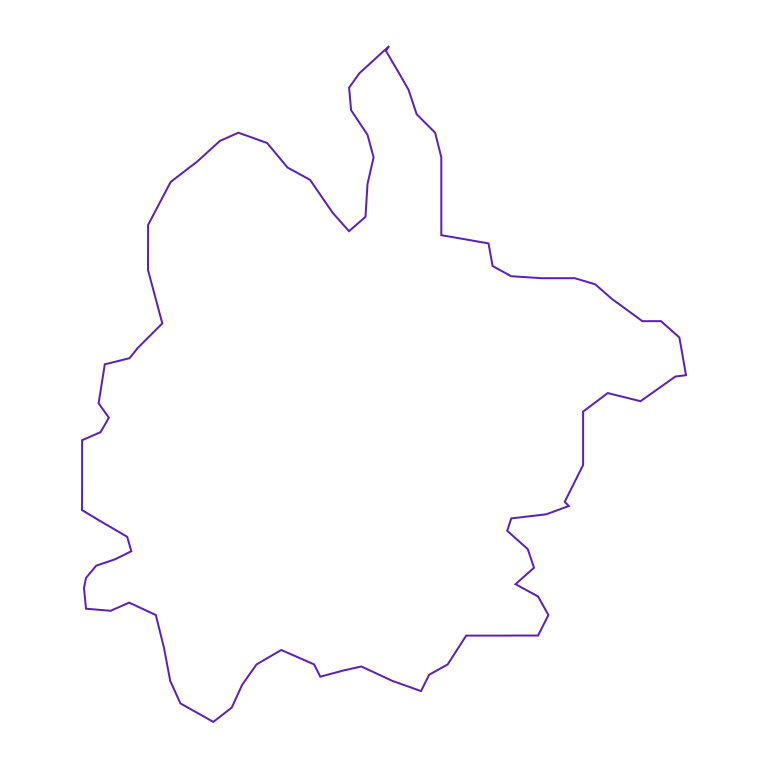 Imsil-gun, North Jeolla, South Korea
{"feature_id": "91817680B86480113122364", "entity_name": "Imsil-gun", "entity_type": "district", "adm_level": 2, "iso_a3": "KOR", "parent_name": "South Korea", "parent_adm1": "North Jeolla", "projection": "albers", "projection_center": [127.248, 35.609], "detail": "fine", "context": "isolated", "style": "outline", "palette": "violet", "viewbox_px": 768, "rotation_deg": 0, "n_neighbors": 0, "source": "geoboundaries", "source_scale": "gbopen_adm2", "svg_char_len": 1276}
<svg xmlns="http://www.w3.org/2000/svg" viewBox="0 0 768 768"><path d="M686.0,375.2L679.4,337.5L660.9,321.1L642.4,321.2L611.6,298.7L595.2,284.3L574.7,278.2L541.9,278.2L511.1,276.2L492.6,266.0L488.5,243.4L441.3,235.2L441.3,186.0L441.3,157.3L435.1,132.7L416.7,114.3L408.5,89.7L400.3,75.4L385.9,50.8L389.1,46.1L359.3,73.3L349.1,87.7L351.1,110.2L367.5,134.8L373.6,157.4L367.5,184.0L365.5,216.8L349.0,231.2L332.6,212.7L310.1,179.9L287.6,167.6L267.1,143.0L238.4,132.7L219.9,140.9L197.4,161.4L170.7,181.9L148.1,224.9L148.0,270.0L162.3,323.4L137.7,348.0L129.5,358.2L104.8,364.3L98.6,403.3L108.9,417.7L100.6,432.1L82.1,440.2L82.1,458.7L82.1,485.4L82.0,510.1L102.5,522.4L127.2,536.8L131.3,551.2L114.8,559.4L96.3,565.6L86.0,577.9L84.0,588.1L86.0,608.7L110.6,610.8L129.1,602.6L155.8,615.0L164.0,647.9L170.2,680.8L180.4,703.4L213.3,721.9L231.8,707.5L242.1,684.9L256.5,664.4L281.2,650.0L314.1,664.4L320.3,676.7L342.9,670.6L361.4,666.5L392.2,680.8L421.0,691.1L429.2,674.7L447.7,664.4L463.1,640.4L466.2,635.6L497.0,635.6L538.1,635.5L548.4,615.0L538.1,596.5L515.5,584.2L534.0,567.7L527.8,549.2L507.2,530.8L511.3,518.4L546.2,514.3L568.8,506.0L564.7,501.9L583.1,465.0L583.1,440.3L583.1,411.6L607.7,393.1L640.5,401.2L675.4,376.5L686.0,375.2Z" fill="none" stroke="#5b21b6" stroke-width="2"/></svg>